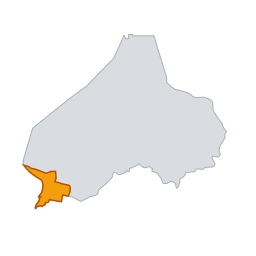 Al-Basrah highlighted on a map of Iraq, rotated 100°
{"feature_id": "IRQ-3222", "entity_name": "Al-Basrah", "entity_type": "Province", "adm_level": 1, "iso_a3": "IRQ", "parent_name": "Iraq", "parent_adm1": "", "projection": "orthographic", "projection_center": [47.689, 30.202], "detail": "fine", "context": "in_parent", "style": "filled", "palette": "amber", "viewbox_px": 256, "rotation_deg": 100, "n_neighbors": 0, "source": "natural_earth", "source_scale": "10m", "svg_char_len": 4368}
<svg xmlns="http://www.w3.org/2000/svg" viewBox="0 0 256 256"><g transform="rotate(100 128 128)"><path d="M106.7,36.2L108.5,35.8L112.0,33.1L114.1,30.6L114.7,30.4L116.4,31.4L117.6,31.6L120.6,30.8L122.3,31.4L123.7,32.1L124.5,32.1L128.3,33.9L129.2,34.2L131.2,34.4L134.2,34.6L136.1,33.6L137.5,32.6L138.5,32.7L139.4,33.0L140.2,33.4L140.8,34.2L141.1,35.3L140.8,38.8L141.1,39.7L141.6,40.4L142.2,40.6L143.1,39.8L144.5,38.8L146.3,37.6L147.7,36.5L148.4,36.1L149.6,36.2L150.7,36.5L151.3,37.0L151.9,38.8L153.3,45.0L154.1,45.8L155.1,46.5L155.8,47.4L156.0,48.3L155.9,49.7L155.9,51.4L156.3,52.7L156.8,53.6L157.3,54.1L158.1,54.2L159.1,54.5L159.7,55.4L161.6,62.5L161.8,63.4L162.7,63.7L164.1,63.6L165.5,64.3L167.1,65.5L168.5,67.6L169.5,68.0L172.6,67.7L176.9,68.2L178.9,69.3L178.7,69.9L177.1,70.7L174.4,71.5L173.6,73.0L173.1,75.0L173.1,76.1L173.8,77.3L175.7,79.7L175.8,80.6L176.1,81.8L176.4,82.6L176.0,84.2L174.3,85.3L171.9,86.5L167.2,91.8L166.8,92.9L166.8,96.1L166.3,97.0L164.8,96.9L163.7,96.7L163.6,97.8L162.8,99.3L162.4,100.6L164.0,103.6L164.3,105.3L164.0,106.7L162.4,109.2L161.4,110.9L161.6,111.3L162.8,112.0L166.6,117.6L167.8,119.6L169.4,119.1L170.1,119.1L170.5,119.5L170.8,120.1L170.8,121.0L170.4,122.2L172.5,122.8L173.2,124.0L175.6,128.4L175.5,129.7L174.3,131.7L174.2,133.1L174.5,134.3L174.8,134.7L178.5,134.9L180.0,135.5L183.8,137.7L188.0,141.1L191.5,144.0L194.5,146.4L197.7,146.2L198.6,146.6L199.4,147.4L200.4,149.3L202.2,153.7L203.8,155.2L206.2,158.7L208.5,162.0L207.0,166.5L205.5,171.2L205.5,177.3L205.5,180.5L208.6,180.7L212.1,180.8L212.2,184.7L212.2,188.6L212.2,193.0L213.3,193.2L214.9,194.2L215.6,195.6L216.5,196.4L217.6,196.5L218.6,197.2L219.7,198.5L220.1,199.5L219.8,200.1L220.0,201.3L220.7,203.0L221.6,203.8L223.0,204.7L221.2,205.3L219.1,204.9L214.8,202.9L213.4,202.9L211.6,203.6L211.5,204.3L207.0,202.1L205.4,201.7L204.8,201.6L202.2,201.6L198.5,202.0L196.3,202.9L194.8,203.8L194.1,204.8L193.8,205.3L192.6,208.0L191.2,211.5L189.8,214.6L187.0,219.0L185.4,221.1L182.1,224.9L178.5,225.6L170.2,224.7L161.1,223.7L152.0,222.7L145.2,221.9L144.7,221.7L138.1,216.1L133.0,211.6L126.5,206.1L120.0,200.3L113.5,194.5L108.7,190.3L103.0,184.8L97.8,179.9L93.7,175.9L88.4,172.4L84.3,169.6L78.3,165.6L73.6,162.3L69.5,159.5L63.3,155.2L61.2,154.0L54.6,152.3L48.3,150.7L41.8,149.1L37.5,148.0L40.6,145.5L40.0,142.9L37.8,143.2L35.9,143.7L35.0,139.7L36.5,139.3L35.6,134.2L34.6,128.9L33.7,123.7L32.7,118.5L38.4,115.6L42.7,113.5L48.7,110.4L54.4,107.5L59.9,104.7L65.9,101.6L71.2,98.8L76.0,97.8L77.0,96.9L79.5,92.8L81.5,89.2L81.7,88.4L82.0,83.2L82.7,77.2L83.5,74.0L84.8,71.2L85.8,69.2L86.1,67.2L86.1,65.3L85.3,62.2L84.5,59.0L84.8,56.0L85.1,54.5L85.9,51.9L87.1,50.1L88.3,49.0L92.8,48.0L95.4,47.5L99.0,44.3L101.2,42.5L104.2,39.5L106.5,37.3L106.7,36.5L106.7,36.2Z" fill="#d9dde1" stroke="#a8b0b8" stroke-width="1"/><path d="M210.9,204.0L206.5,201.8L205.4,201.6L200.2,201.6L199.0,201.7L195.8,203.1L194.7,203.8L194.0,204.8L192.3,209.2L191.5,210.6L191.4,210.9L191.3,211.6L191.3,211.8L190.9,212.7L189.3,215.2L188.7,216.8L188.4,217.2L187.1,218.7L185.8,220.8L182.7,224.2L182.8,223.6L183.3,218.9L183.5,218.3L183.7,217.8L184.5,216.5L184.6,215.9L184.6,212.9L184.9,210.6L186.6,201.7L186.6,201.1L186.6,200.5L186.5,200.0L186.3,199.6L184.3,196.7L184.1,196.1L183.9,195.4L183.6,193.2L183.3,191.8L189.9,190.1L190.2,190.1L193.0,190.6L193.6,190.5L193.8,189.8L193.7,188.1L193.7,187.6L193.8,186.9L194.3,184.3L194.6,179.5L194.5,177.5L194.7,176.1L195.1,175.5L195.5,175.2L196.2,174.8L198.9,174.1L199.8,174.1L202.7,174.3L205.4,175.1L205.4,180.7L211.9,180.7L212.2,180.8L212.2,181.1L212.2,192.4L212.2,193.1L214.3,193.4L214.6,193.4L214.8,193.6L215.1,193.9L215.4,194.4L215.6,194.9L215.7,195.9L215.8,196.1L216.0,196.3L216.4,196.5L216.7,196.4L217.4,196.3L217.7,196.3L217.9,196.4L218.1,196.6L218.5,197.3L219.2,198.0L220.0,198.7L220.1,198.9L220.2,199.1L220.2,199.4L220.2,199.6L220.0,199.8L219.8,200.0L219.7,200.2L219.6,200.5L219.9,201.2L220.3,201.6L220.5,201.9L220.9,203.1L220.9,203.4L221.1,203.8L221.2,204.0L221.4,204.1L221.6,204.3L221.9,204.5L222.6,204.7L222.7,204.8L223.2,204.8L223.3,205.1L223.0,205.4L222.5,205.5L220.3,205.3L218.8,204.8L218.0,204.2L217.3,204.0L216.2,203.3L215.3,203.0L214.4,202.8L213.5,202.8L212.7,203.0L211.3,203.8L211.2,203.2L211.1,202.5L211.0,201.8L210.6,201.4L210.9,202.2L210.9,202.4L210.9,202.7L210.8,203.0L210.8,203.3L210.9,203.5L210.9,204.0Z" fill="#f59e0b" stroke="#b45309" stroke-width="1.5"/></g></svg>